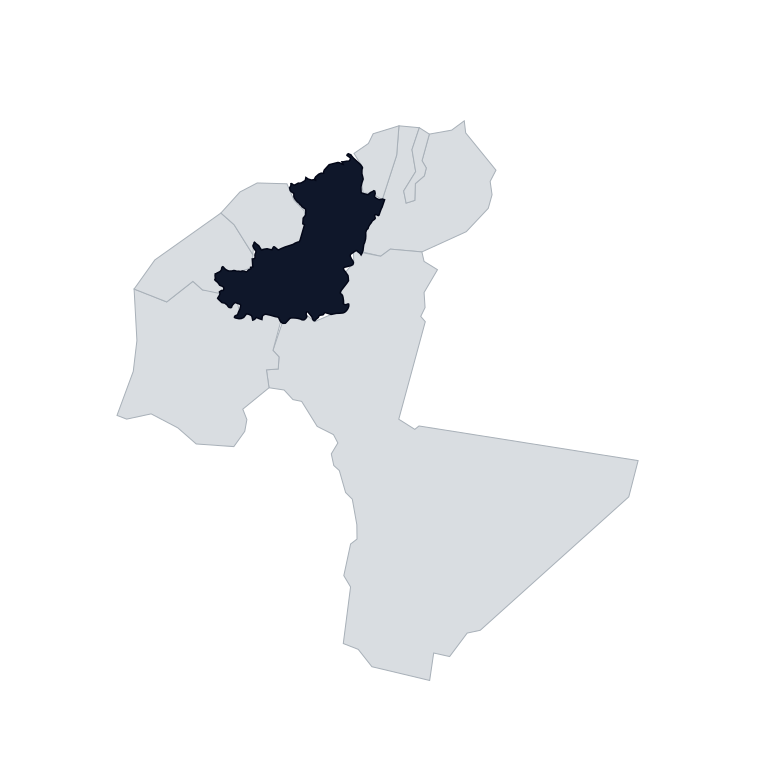 Guinea highlighted among its neighbors, rotated 106°
{"feature_id": "GIN", "entity_name": "Guinea", "entity_type": "country or territory", "adm_level": 0, "iso_a3": "GIN", "parent_name": "Africa", "parent_adm1": "", "projection": "albers", "projection_center": [-10.714, 9.945], "detail": "fine", "context": "with_neighbors", "style": "filled", "palette": "ink", "viewbox_px": 768, "rotation_deg": 106, "n_neighbors": 7, "source": "natural_earth", "source_scale": "50m", "svg_char_len": 6737}
<svg xmlns="http://www.w3.org/2000/svg" viewBox="0 0 768 768"><g transform="rotate(106 384 384)"><path d="M131.3,409.3L121.3,388.9L108.9,379.4L120.1,374.7L147.6,335.3L160.0,337.8L172.3,332.3L186.4,332.2L214.9,346.9L246.6,384.0L252.6,415.1L262.1,422.4L263.0,440.6L238.0,443.4L219.7,436.9L160.5,434.9L131.7,440.8L127.9,420.7L151.0,421.7L171.1,412.1L193.0,418.3L204.0,412.6L199.0,405.0L182.7,409.1L172.8,402.6L164.7,402.9L158.9,409.0L131.3,409.3Z" fill="#d9dde1" stroke="#a8b0b8" stroke-width="1"/><path d="M264.5,450.1L262.1,422.4L252.6,415.1L246.6,384.0L255.1,379.3L259.4,364.1L285.0,370.7L299.2,365.6L308.9,367.3L312.7,361.5L413.8,360.1L419.1,341.9L414.7,338.8L387.6,118.6L425.0,117.6L594.2,223.6L600.5,235.4L627.9,245.8L628.9,262.1L656.4,258.4L659.1,317.7L646.2,335.6L644.7,351.6L588.3,360.2L579.3,369.8L547.0,372.0L540.5,367.2L526.8,371.3L503.5,382.7L498.9,391.0L479.5,403.1L476.2,409.8L465.7,415.4L453.4,412.1L446.6,418.6L443.2,436.5L423.4,458.4L424.1,467.2L417.3,478.4L419.3,493.5L402.8,500.9L398.7,489.8L386.9,492.4L382.3,500.0L352.1,498.6L344.2,491.1L345.5,483.3L342.3,480.3L336.9,482.9L343.0,467.7L323.7,444.0L318.6,443.4L297.3,456.2L275.2,446.6L264.5,450.1Z" fill="#d9dde1" stroke="#a8b0b8" stroke-width="1"/><path d="M347.0,500.6L382.3,500.0L386.9,492.4L398.7,489.8L402.8,500.9L419.3,493.5L447.1,512.8L456.0,506.0L467.9,504.8L485.6,511.1L493.4,548.0L483.0,570.1L476.9,599.6L488.7,621.7L487.8,632.0L441.0,628.5L410.3,633.5L361.6,650.4L365.0,615.5L338.0,596.0L343.6,584.4L340.9,571.8L342.1,564.3L346.2,564.2L345.6,547.8L357.5,541.0L345.0,509.5L347.0,500.6Z" fill="#d9dde1" stroke="#a8b0b8" stroke-width="1"/><path d="M131.7,440.8L160.5,434.9L207.4,436.5L204.1,448.0L206.2,456.7L189.8,464.4L182.1,463.8L170.6,476.4L157.1,465.3L146.4,463.4L131.7,440.8Z" fill="#d9dde1" stroke="#a8b0b8" stroke-width="1"/><path d="M342.1,564.3L343.6,584.4L338.0,596.0L365.0,615.5L361.6,650.4L327.9,638.5L264.6,587.9L272.2,572.0L295.8,545.7L308.0,542.2L318.9,558.1L317.2,568.5L322.2,574.1L329.6,574.2L334.8,563.6L342.1,564.3Z" fill="#d9dde1" stroke="#a8b0b8" stroke-width="1"/><path d="M218.3,532.5L232.1,521.2L239.5,508.4L252.5,502.9L273.0,503.0L285.7,523.3L288.7,547.2L295.8,545.7L272.2,572.0L264.6,587.9L239.1,575.4L225.7,561.3L218.3,532.5Z" fill="#d9dde1" stroke="#a8b0b8" stroke-width="1"/><path d="M131.3,409.3L158.9,409.0L164.7,402.9L172.8,402.6L182.7,409.1L199.0,405.0L204.0,412.6L193.0,418.3L171.1,412.1L151.0,421.7L127.9,420.7L131.3,409.3Z" fill="#d9dde1" stroke="#a8b0b8" stroke-width="1"/><path d="M294.5,543.7L292.5,543.4L291.6,543.8L289.0,546.9L287.4,548.1L286.2,548.0L284.9,547.7L284.1,547.9L283.4,547.6L283.7,546.8L284.3,545.9L285.6,542.5L288.8,539.1L288.9,538.4L287.5,536.4L286.2,533.7L286.1,530.8L285.9,528.7L283.0,528.1L282.5,527.8L282.4,527.1L283.2,525.2L284.0,523.5L284.2,522.7L284.0,522.1L282.2,520.2L279.5,516.8L277.0,513.0L274.8,509.8L273.1,508.3L271.4,506.1L270.8,504.8L269.0,504.3L263.9,504.3L257.8,504.3L252.7,504.3L252.4,506.2L246.8,507.4L243.3,505.9L239.4,506.8L237.5,507.7L236.9,509.6L236.1,511.8L235.2,512.6L234.9,513.6L234.4,514.5L233.6,515.5L232.8,517.5L230.9,520.4L229.0,522.2L225.7,523.2L224.7,526.2L223.9,527.4L222.6,528.2L221.3,528.8L220.0,528.4L218.6,528.2L217.1,528.7L216.8,528.0L217.7,525.6L217.0,524.3L214.5,521.8L214.3,520.6L213.5,519.0L210.1,515.8L207.0,516.0L207.9,513.3L207.9,509.7L206.8,507.7L207.1,505.8L206.5,505.9L205.4,507.2L203.7,506.8L200.3,504.6L198.6,502.5L198.4,500.8L198.0,500.1L197.0,500.5L194.8,500.4L188.3,497.2L183.7,489.3L183.6,487.5L184.3,484.5L184.2,483.7L182.0,485.7L181.6,484.3L180.0,481.1L179.6,479.3L178.0,478.5L176.8,478.3L175.8,478.9L174.5,482.6L173.5,482.6L172.5,481.8L172.8,479.0L173.9,477.7L175.3,475.6L179.6,467.0L181.2,465.0L182.1,464.3L184.1,464.3L188.0,463.2L191.2,461.3L192.8,460.5L196.5,460.7L200.8,460.5L206.4,458.7L206.6,456.1L206.5,452.8L206.4,451.5L204.4,450.3L203.2,449.3L202.2,448.0L201.0,447.1L201.1,446.1L202.6,445.3L203.6,444.9L205.9,445.0L206.6,444.5L207.2,443.7L207.9,441.6L208.1,439.3L206.6,436.4L206.7,434.2L215.0,434.6L215.8,434.9L219.5,435.2L221.7,435.3L223.2,435.4L223.7,435.9L223.6,436.8L223.2,438.0L223.7,439.2L224.9,439.5L225.6,439.1L226.2,438.6L227.0,438.1L228.1,438.4L230.4,440.2L232.5,440.7L234.9,441.7L237.1,442.2L239.0,442.2L240.5,443.2L243.2,443.5L246.8,442.3L249.6,441.7L253.5,441.6L255.5,442.0L261.5,441.0L264.5,441.2L266.2,441.6L265.5,442.3L264.7,443.8L264.0,445.7L263.3,446.9L263.5,447.8L265.5,449.4L268.3,451.7L269.4,452.0L270.7,451.5L272.8,449.7L274.4,447.7L276.0,446.7L277.8,446.8L279.2,448.2L281.0,451.2L282.6,454.0L282.8,454.3L283.5,454.8L284.3,454.8L285.2,454.1L285.8,453.7L286.5,452.4L289.7,448.5L292.0,447.5L292.9,447.2L294.5,446.6L297.3,447.5L301.3,449.1L306.1,451.0L307.8,451.3L308.8,451.0L310.2,448.4L312.0,447.3L314.6,446.1L316.7,445.5L317.9,445.4L318.3,444.7L318.5,443.6L318.3,442.5L316.9,440.6L316.9,440.0L317.7,439.6L319.3,439.3L321.5,439.5L323.9,440.3L325.9,441.6L327.0,443.0L328.2,446.1L329.2,449.2L331.7,454.0L331.6,457.0L331.6,460.5L332.7,461.1L333.9,461.4L334.4,461.9L335.6,464.6L336.7,465.4L338.1,465.5L340.6,467.2L342.2,467.9L342.4,468.4L342.4,469.1L341.8,470.0L340.8,470.7L339.4,471.8L338.2,473.4L335.7,477.1L335.7,477.8L336.2,478.3L337.2,478.3L338.3,478.1L340.6,476.7L342.4,477.2L344.1,478.2L344.7,479.3L344.9,480.7L344.5,482.5L344.5,484.5L345.1,487.9L346.0,491.3L346.9,492.6L352.7,495.5L353.2,496.7L353.5,497.9L353.1,499.7L352.5,500.7L350.9,502.2L349.4,503.4L348.9,504.7L349.2,507.0L349.2,512.4L349.5,517.1L350.8,518.8L352.2,519.6L354.0,519.4L355.7,519.1L355.6,521.9L355.2,525.0L357.2,526.0L358.2,526.9L358.8,527.8L355.6,529.5L354.7,530.5L354.3,533.1L354.4,535.5L358.7,537.2L360.4,539.2L361.2,541.3L361.5,545.3L361.1,546.2L360.0,546.2L358.7,545.0L357.8,543.8L356.6,543.8L354.4,543.6L352.0,543.1L348.9,543.3L347.8,543.5L347.1,544.2L347.0,545.4L346.7,549.5L347.7,550.3L349.7,551.3L351.0,551.7L352.0,551.6L352.9,552.2L353.1,554.0L352.5,555.2L351.4,556.4L350.1,559.5L350.3,560.6L350.4,562.3L348.1,566.7L347.4,567.6L344.3,566.7L342.3,566.5L340.9,567.6L339.9,566.9L338.8,565.9L338.5,564.5L337.7,564.2L336.4,564.2L335.1,565.0L334.6,566.4L334.5,568.0L334.3,569.3L333.6,570.0L332.1,572.0L331.4,573.8L330.5,575.4L329.2,575.3L328.7,575.1L328.3,575.5L326.3,576.3L324.6,576.6L324.2,575.7L323.2,575.0L322.1,573.6L320.8,572.4L318.5,571.6L317.5,572.0L316.4,571.9L315.7,571.4L315.8,570.7L317.0,569.0L317.7,567.4L318.1,565.6L318.1,563.9L317.4,561.6L316.3,559.7L316.1,558.6L316.2,557.1L315.9,555.6L315.6,554.9L315.4,553.4L315.1,552.1L314.4,551.6L314.1,549.5L314.2,547.2L313.2,546.4L311.8,545.8L310.9,544.9L310.4,543.9L309.9,543.6L309.4,543.7L309.0,544.3L308.6,544.4L307.7,542.3L307.4,542.3L306.8,542.7L300.1,545.1L299.8,544.2L299.2,543.1L297.9,542.8L295.7,543.6L294.5,543.7Z" fill="#0f172a" stroke="#020617" stroke-width="1.5"/></g></svg>